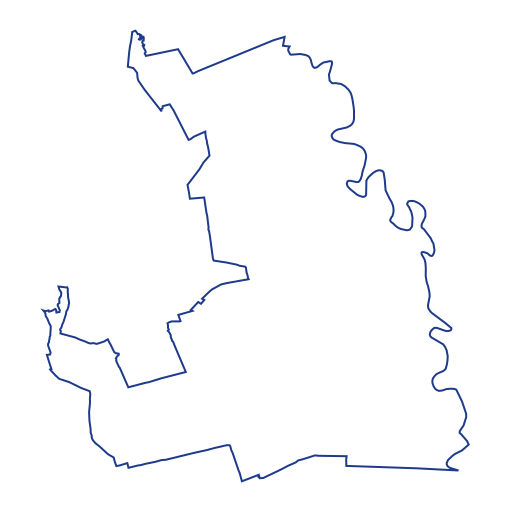 Stanilesti, Vaslui, Romania (Equal Earth projection)
{"feature_id": "2599482B69878309601464", "entity_name": "Stanilesti", "entity_type": "district", "adm_level": 2, "iso_a3": "ROU", "parent_name": "Romania", "parent_adm1": "Vaslui", "projection": "equal_earth", "projection_center": [28.168, 46.666], "detail": "fine", "context": "isolated", "style": "outline", "palette": "blue", "viewbox_px": 512, "rotation_deg": 0, "n_neighbors": 0, "source": "geoboundaries", "source_scale": "gbopen_adm2", "svg_char_len": 5940}
<svg xmlns="http://www.w3.org/2000/svg" viewBox="0 0 512 512"><path d="M458.5,470.5L449.5,467.7L447.5,466.1L446.7,464.2L446.7,463.2L447.9,460.2L452.0,456.2L454.8,454.0L461.9,450.5L468.7,444.6L467.1,441.1L461.6,434.7L459.6,432.9L459.7,431.2L463.6,425.4L466.2,417.1L466.1,413.6L462.0,401.4L456.4,389.9L455.6,389.3L454.3,388.9L450.9,388.7L446.3,389.1L442.2,390.5L439.0,390.9L436.6,389.9L435.3,388.9L433.7,386.5L432.6,383.5L432.3,381.4L432.8,378.6L434.3,376.4L436.4,374.2L438.8,372.9L443.2,371.1L445.0,369.6L445.8,368.5L447.0,363.9L447.5,360.4L447.7,356.1L446.6,350.2L445.2,347.2L443.2,344.3L431.8,337.7L430.8,336.8L430.2,336.0L429.8,334.7L430.2,332.8L430.5,331.8L432.1,329.7L434.2,327.9L437.0,327.9L444.8,330.7L446.9,331.1L448.9,330.9L450.8,330.2L451.2,329.7L451.4,328.1L445.3,323.0L432.0,313.1L430.4,311.5L428.4,308.4L428.0,306.3L428.1,304.6L429.7,296.2L429.4,292.3L428.2,286.7L426.7,282.1L425.7,276.2L425.8,268.0L425.4,262.6L424.5,259.3L422.0,254.9L421.5,253.9L421.5,253.0L422.0,252.2L423.1,252.0L424.2,252.2L427.4,253.3L428.2,253.9L429.7,255.4L431.5,256.0L432.4,255.7L433.0,254.9L434.0,252.6L434.5,250.1L433.4,243.5L431.9,240.9L430.8,238.3L424.0,229.3L421.7,227.5L421.5,225.7L422.0,223.6L424.4,218.9L425.4,216.3L425.4,213.5L425.2,210.8L424.3,208.8L422.8,206.5L419.3,203.6L417.5,202.6L415.4,201.6L413.4,201.0L410.7,200.9L408.4,201.4L407.1,203.7L407.3,204.7L409.3,207.5L410.0,209.4L410.9,210.9L411.7,213.5L412.5,217.7L412.1,226.4L409.9,229.6L407.0,230.3L400.9,229.0L398.6,228.0L395.9,226.2L393.2,223.5L391.0,221.9L390.4,221.0L390.2,219.9L391.3,217.4L392.4,216.1L393.2,213.5L393.6,210.7L393.4,207.8L392.9,205.4L391.7,202.3L389.4,198.3L385.6,190.4L384.7,179.3L383.6,172.5L382.5,171.0L380.7,170.4L378.4,170.3L376.0,171.1L373.0,173.0L368.7,176.9L367.5,178.6L366.4,180.5L366.1,195.0L365.3,196.1L364.2,196.7L362.9,196.9L359.3,195.8L356.8,194.5L349.7,188.7L347.6,186.3L346.8,183.8L347.2,182.3L347.6,181.4L348.6,180.8L350.7,180.8L356.7,182.1L358.3,182.0L359.2,181.3L360.7,179.1L361.9,175.3L362.5,171.7L364.6,165.4L365.9,158.9L366.2,156.2L365.7,153.5L364.8,151.2L363.8,149.5L362.4,147.9L360.3,146.5L356.3,144.7L353.8,143.9L345.1,143.1L340.1,142.1L337.3,141.2L333.8,139.7L332.7,138.5L331.8,136.6L331.7,135.3L332.0,134.2L334.0,131.8L335.6,130.6L337.8,129.5L346.6,127.5L350.3,125.7L352.1,124.0L353.4,121.8L354.0,119.1L354.0,114.4L354.0,110.8L353.7,107.4L352.5,99.6L351.5,95.2L350.4,92.4L348.5,89.7L345.0,86.3L341.2,84.0L335.4,83.1L332.8,83.3L332.1,83.2L329.6,80.6L329.0,75.2L329.0,74.4L330.1,71.1L332.1,63.5L331.8,61.6L330.9,61.2L329.2,61.3L323.2,62.6L320.2,64.6L317.2,67.2L314.4,67.9L312.7,66.3L311.4,62.6L311.0,60.3L309.5,57.3L308.3,56.1L305.6,55.0L300.3,54.0L290.9,54.7L290.2,54.3L288.5,51.2L288.2,50.2L288.3,48.9L289.6,46.5L283.0,45.8L284.6,36.9L273.6,40.2L197.9,71.2L193.5,73.4L192.6,73.5L178.1,49.2L145.9,55.9L145.5,54.8L144.7,53.6L145.7,51.9L145.2,50.4L143.7,47.9L142.8,45.8L144.1,45.7L144.2,44.8L143.3,44.6L142.2,42.3L142.6,40.6L143.6,40.6L143.8,37.9L143.5,37.0L140.0,39.7L139.4,39.7L138.9,39.3L139.3,38.6L141.2,37.2L142.2,36.8L142.0,36.6L140.3,36.7L140.1,35.9L141.2,35.5L141.3,35.3L139.4,34.2L138.8,34.0L137.8,34.2L136.1,31.5L135.3,30.7L132.2,32.0L131.7,36.6L131.1,41.1L130.0,46.2L129.2,52.0L127.8,66.7L133.4,68.1L137.1,72.8L137.6,78.2L138.3,80.5L144.7,89.9L161.6,111.4L161.1,109.1L162.5,108.4L162.7,106.2L169.7,104.3L173.7,110.6L188.6,139.9L190.4,139.2L194.0,136.6L205.3,131.6L205.4,133.6L206.1,138.5L206.7,140.2L207.2,143.9L208.1,147.1L209.5,155.6L203.5,162.5L199.4,169.3L187.5,184.9L189.0,192.5L189.9,198.7L204.2,197.5L206.4,212.5L207.2,215.9L208.6,227.6L208.3,229.4L209.0,230.8L209.7,234.7L213.0,258.9L213.8,260.6L226.4,262.5L235.6,264.4L238.0,265.0L239.2,265.7L245.3,266.7L245.9,267.5L246.6,272.7L247.3,274.5L248.2,278.5L248.6,279.2L226.7,283.1L221.2,284.4L212.2,289.3L209.2,291.8L202.1,298.7L204.3,300.0L201.0,303.8L198.2,302.0L190.9,309.9L192.5,310.9L178.3,314.9L180.5,321.1L179.7,321.4L171.7,321.4L168.6,322.5L167.5,323.3L168.0,325.4L168.0,327.8L168.8,329.6L167.8,330.8L169.1,332.1L170.5,334.6L170.8,335.6L170.7,336.4L170.9,337.3L171.1,338.2L171.8,339.3L172.0,340.8L173.1,341.7L174.8,346.1L185.8,372.0L161.3,378.3L148.7,382.2L145.1,382.9L128.3,387.3L119.7,367.6L119.0,367.0L116.2,360.9L116.4,360.4L116.2,358.9L115.9,358.4L117.2,356.3L118.8,354.8L118.7,353.7L115.5,353.1L114.1,351.9L110.3,344.0L109.9,343.5L107.8,339.3L103.9,341.6L96.8,343.9L93.4,343.1L90.3,343.5L88.5,343.0L85.2,341.5L79.6,339.5L75.3,337.5L60.5,333.5L60.8,331.0L60.1,329.9L60.2,329.2L61.4,327.5L62.4,324.1L63.3,322.4L65.9,314.3L66.2,311.8L66.8,310.6L67.3,310.0L68.3,307.4L69.1,302.6L68.1,297.3L68.0,294.2L67.7,292.2L67.8,288.7L67.2,287.3L65.8,287.4L58.5,286.5L59.4,289.7L61.2,292.4L61.2,294.9L61.0,295.5L60.7,296.6L60.0,297.1L59.9,297.7L59.2,298.6L59.4,303.0L57.9,304.1L57.7,304.6L57.7,305.4L59.7,309.9L59.8,310.5L59.5,312.0L56.4,312.5L56.2,311.7L56.3,310.4L55.6,309.2L55.2,309.0L51.5,311.0L49.1,311.6L48.6,310.4L45.4,311.2L43.3,310.5L44.9,312.4L45.6,314.2L45.5,315.3L45.8,316.2L47.3,318.5L49.1,323.1L50.7,325.9L50.7,329.4L50.3,333.5L50.4,335.2L49.6,337.3L49.6,338.4L49.0,341.2L49.1,341.9L48.1,343.8L48.1,345.6L50.6,352.5L50.1,354.5L46.9,354.9L51.4,369.2L50.2,369.5L51.3,370.9L55.7,375.6L58.7,378.4L59.6,379.0L69.2,382.1L81.0,387.9L89.7,391.2L90.3,393.9L89.9,398.9L90.0,402.8L89.1,412.0L89.4,420.3L90.6,429.1L90.7,432.6L91.8,436.1L91.7,437.7L92.9,440.2L95.4,443.2L99.3,446.2L108.1,454.3L113.4,457.3L113.8,457.7L114.8,461.8L116.4,466.1L119.9,465.4L127.3,463.1L128.5,467.8L137.8,465.5L140.7,465.1L145.5,463.8L155.5,461.8L161.4,460.1L165.7,459.8L194.4,452.8L206.8,450.1L214.4,448.0L223.6,445.9L226.9,445.2L229.5,445.2L230.3,446.3L231.3,450.1L232.8,453.4L238.5,470.3L239.7,473.1L241.9,481.3L258.7,474.8L258.8,475.9L258.2,476.1L258.6,477.0L259.3,476.6L259.8,478.2L263.2,478.0L281.0,469.5L288.0,465.8L295.8,462.4L298.2,460.4L303.0,459.2L315.0,455.4L318.9,455.8L346.6,456.2L346.2,459.6L346.3,465.9L416.7,468.3L458.5,470.5Z" fill="none" stroke="#1e3a8a" stroke-width="2"/></svg>